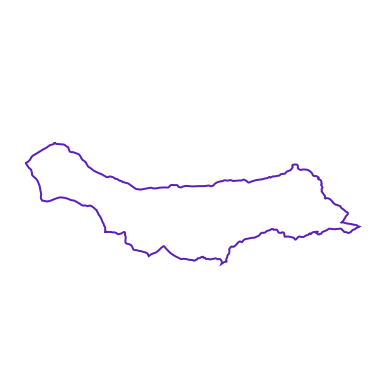 outline of Páramo, Santander, Colombia, rotated 258°
{"feature_id": "7082276B4805358914632", "entity_name": "Páramo", "entity_type": "district", "adm_level": 2, "iso_a3": "COL", "parent_name": "Colombia", "parent_adm1": "Santander", "projection": "robinson", "projection_center": [-73.178, 6.414], "detail": "fine", "context": "isolated", "style": "outline", "palette": "violet", "viewbox_px": 384, "rotation_deg": 258, "n_neighbors": 0, "source": "geoboundaries", "source_scale": "gbopen_adm2", "svg_char_len": 6074}
<svg xmlns="http://www.w3.org/2000/svg" viewBox="0 0 384 384"><g transform="rotate(258 192 192)"><path d="M196.8,300.6L197.6,298.2L197.6,296.1L197.1,295.6L196.3,295.5L195.8,295.6L195.2,295.6L193.7,294.0L192.8,292.6L192.6,290.7L192.1,288.6L190.7,286.9L190.7,285.5L190.9,284.0L190.9,282.7L190.8,282.3L190.0,281.1L189.9,280.7L190.1,278.3L190.0,276.8L190.4,274.3L190.2,273.1L189.8,271.9L189.9,271.4L190.5,271.0L190.6,270.7L190.0,268.8L190.0,265.6L189.8,262.3L190.1,260.7L190.3,256.8L189.9,252.3L189.4,249.8L189.8,248.8L191.3,247.8L192.8,246.2L193.1,245.8L193.4,245.0L193.0,242.6L193.1,241.7L193.4,241.0L194.1,235.2L194.2,234.5L195.7,232.2L195.6,230.4L195.9,228.6L196.7,226.5L196.7,225.9L196.3,224.1L196.3,223.4L196.5,222.9L196.3,218.9L195.5,216.4L194.9,215.5L194.3,214.9L193.9,214.0L193.7,213.4L193.7,211.9L193.8,211.2L194.3,210.8L194.7,210.0L194.9,209.4L195.0,208.3L195.0,207.4L195.4,204.1L196.1,200.8L196.5,199.1L197.3,193.8L199.0,188.2L199.3,186.3L199.2,184.3L198.8,183.1L198.8,182.2L199.5,180.3L199.8,179.9L201.7,179.1L203.1,173.5L203.1,172.9L203.0,172.4L201.3,169.7L202.4,165.0L203.0,160.8L202.9,159.5L203.1,157.0L203.8,154.3L204.5,153.4L204.7,152.9L204.9,150.0L204.9,146.9L205.0,146.1L205.0,143.1L205.1,142.1L206.5,138.1L207.9,136.6L213.4,131.6L214.0,130.7L215.4,127.8L215.8,127.4L215.9,126.6L216.2,126.1L216.9,125.8L217.2,125.4L217.5,124.7L218.1,124.0L218.2,123.4L220.1,121.6L220.5,121.0L220.7,120.1L221.0,119.6L222.1,118.8L223.2,117.3L224.2,115.3L224.3,114.7L224.0,113.5L224.1,112.1L224.5,111.4L228.3,107.1L230.3,104.1L233.3,100.3L236.6,97.6L237.7,96.3L238.8,95.5L240.3,95.1L241.3,94.6L242.6,94.6L244.5,93.2L246.2,91.6L247.0,91.2L247.8,91.0L248.3,90.6L250.2,90.3L252.5,89.1L255.8,83.8L255.8,82.8L257.0,80.8L261.6,80.1L262.1,79.4L264.9,76.8L265.5,75.3L267.0,70.1L267.3,69.3L268.0,68.2L268.5,68.2L268.5,67.3L268.0,67.2L267.5,65.9L267.4,62.9L265.7,59.1L264.4,54.7L261.2,45.8L260.8,44.2L260.1,43.0L259.3,42.0L258.0,41.0L257.3,40.3L255.7,37.9L255.0,35.6L254.6,35.5L251.4,36.7L249.4,37.6L247.2,39.3L243.2,39.4L242.6,39.2L241.8,39.2L241.2,39.4L237.3,42.3L234.8,43.3L230.0,44.2L221.2,44.0L218.5,43.1L217.5,43.0L216.5,43.0L215.5,43.5L214.9,43.5L213.0,47.9L212.8,49.4L212.9,51.6L214.0,58.1L214.2,61.4L213.7,63.5L212.9,65.9L211.6,68.5L209.3,71.9L207.9,75.3L205.7,77.8L202.3,81.3L201.3,82.6L201.2,83.9L201.0,84.8L199.9,87.0L200.0,88.5L199.8,89.7L199.4,90.5L197.0,92.7L195.3,93.9L194.0,95.0L193.4,94.9L190.4,95.9L189.6,95.9L187.0,97.1L186.3,97.2L184.8,97.7L181.5,98.2L179.3,98.9L177.5,99.0L176.0,99.6L174.7,99.6L173.0,99.2L172.2,99.3L171.5,98.7L170.9,98.6L170.2,102.4L169.6,104.9L169.1,105.5L168.9,106.2L168.7,107.7L167.6,109.5L166.4,110.4L166.0,111.2L166.1,113.7L166.3,114.8L166.9,116.5L167.0,117.2L166.8,117.7L165.5,118.1L164.1,117.5L162.9,117.8L160.7,117.6L158.7,116.8L157.5,116.6L156.7,116.5L155.8,116.7L155.1,117.3L154.3,119.3L152.8,121.3L151.3,122.0L148.8,122.5L148.1,122.7L147.6,123.2L147.2,123.8L146.5,126.0L145.5,127.7L144.8,129.7L142.4,134.1L141.4,135.4L140.6,135.9L139.3,136.0L138.2,136.4L139.3,138.4L139.6,139.3L140.4,144.4L141.6,146.9L143.6,150.0L144.8,152.5L144.9,153.0L144.7,153.4L143.9,153.9L141.9,154.9L137.2,157.9L134.8,160.0L132.1,162.9L129.0,166.9L128.5,167.7L128.4,169.9L127.5,172.9L126.9,173.7L126.3,175.2L125.2,178.6L124.4,179.6L124.4,180.6L124.8,181.5L125.1,183.0L125.9,183.7L125.7,185.7L125.9,186.3L126.3,187.2L126.4,188.0L126.3,189.4L126.1,189.6L125.3,189.6L124.7,191.1L124.3,191.1L123.5,192.0L123.3,193.9L122.3,195.4L122.2,200.2L122.3,201.1L122.1,201.5L121.0,203.0L120.7,205.1L120.3,205.7L119.0,206.4L118.3,206.6L117.2,206.6L116.4,206.4L115.5,205.8L116.7,208.8L116.9,209.7L116.6,211.2L116.9,211.4L118.3,211.2L119.2,211.6L120.4,212.5L122.9,213.8L123.7,215.1L124.5,215.7L126.3,216.3L128.3,216.5L128.7,216.8L130.3,218.8L130.4,219.5L130.3,219.9L129.9,220.5L129.8,221.3L130.9,223.8L133.1,226.7L133.7,228.1L133.5,229.0L132.6,230.2L132.8,230.9L133.4,231.5L134.4,232.9L134.8,234.1L134.7,241.7L134.4,242.7L134.4,243.8L135.3,248.0L135.7,248.9L137.0,250.3L137.6,251.5L137.6,251.8L137.2,253.5L137.1,254.7L137.3,255.4L138.0,256.4L138.3,257.3L138.5,259.9L139.2,262.2L138.9,263.4L138.0,264.1L137.8,265.8L137.5,267.1L136.7,267.6L134.4,268.2L134.1,268.5L133.5,270.6L133.8,272.0L133.6,272.7L132.9,273.4L132.5,273.5L129.5,273.3L129.0,273.5L128.6,276.1L128.2,277.5L126.6,281.2L125.9,282.0L125.2,282.5L124.1,282.9L124.0,283.1L124.1,284.1L125.7,286.1L126.1,287.1L126.1,288.0L125.1,290.0L124.9,292.0L125.9,295.2L126.0,297.0L126.8,297.9L127.0,298.5L126.8,299.1L126.3,299.1L126.2,299.2L126.3,299.4L126.6,300.3L127.3,301.1L127.5,302.3L127.2,304.8L127.3,305.8L127.1,306.4L127.0,306.5L126.9,306.3L126.3,305.0L125.9,305.0L124.9,306.4L124.4,306.5L124.2,307.1L124.1,308.0L124.4,308.6L124.4,309.9L125.1,310.4L125.6,311.0L125.9,311.9L126.5,315.5L127.0,316.9L127.4,317.8L127.6,318.7L126.1,323.0L125.8,325.3L125.3,329.6L125.1,330.2L123.5,331.2L122.3,332.1L121.2,332.7L120.6,334.6L119.3,336.5L119.8,338.9L121.2,340.8L121.5,341.5L121.7,342.4L121.7,343.6L122.6,345.1L123.1,348.0L123.3,348.5L124.1,347.1L125.2,346.2L125.8,345.2L126.2,343.7L127.0,342.2L127.8,340.4L128.9,337.2L129.7,335.5L130.7,333.9L130.9,333.3L131.0,331.8L131.1,331.7L131.5,332.5L132.8,334.4L134.3,335.7L135.0,336.7L135.8,337.0L136.3,337.6L137.8,339.6L138.3,340.0L138.9,340.1L139.4,340.0L141.0,338.3L143.0,336.9L145.1,334.9L146.1,334.4L146.9,334.3L147.3,334.1L148.8,331.8L149.9,329.7L150.7,328.9L152.1,327.9L153.5,327.3L156.0,325.7L157.5,324.0L157.9,322.9L158.0,321.0L158.2,320.8L158.7,320.7L159.9,321.2L160.4,321.2L161.0,321.0L162.2,320.3L163.4,320.0L164.0,319.5L164.9,319.3L165.4,318.9L166.0,319.2L167.7,319.3L168.1,319.6L168.5,320.1L169.5,320.6L172.0,319.8L172.4,319.9L172.8,320.5L173.2,320.6L173.5,320.6L174.3,320.4L175.1,320.7L175.5,320.7L176.1,320.6L177.3,319.9L177.7,319.2L177.8,318.8L178.6,318.1L179.0,318.1L179.4,318.9L179.9,318.9L181.2,317.6L182.0,316.2L182.1,315.0L182.8,314.0L183.2,313.7L184.8,313.5L185.8,313.0L187.5,312.0L189.4,310.0L190.0,308.7L190.8,306.1L191.0,304.5L191.0,302.9L191.4,302.1L192.2,301.2L193.4,300.5L195.3,300.9L196.2,300.9L196.8,300.6Z" fill="none" stroke="#5b21b6" stroke-width="2"/></g></svg>